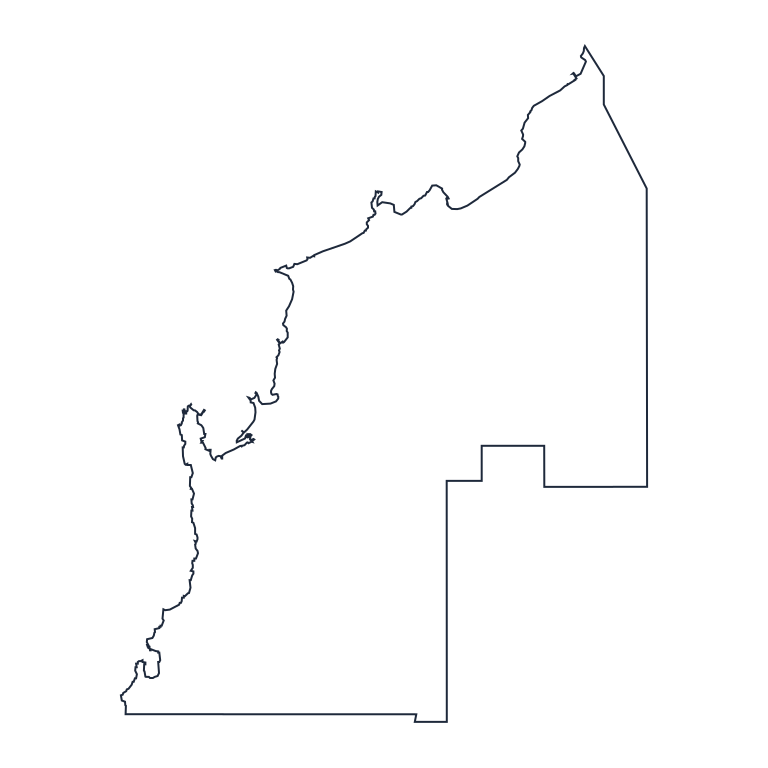 outline of 78, Madinat ach Shamal, Qatar
{"feature_id": "91078587B72332727540612", "entity_name": "78", "entity_type": "district", "adm_level": 2, "iso_a3": "QAT", "parent_name": "Qatar", "parent_adm1": "Madinat ach Shamal", "projection": "albers", "projection_center": [51.051, 25.993], "detail": "fine", "context": "isolated", "style": "outline", "palette": "slate", "viewbox_px": 768, "rotation_deg": 0, "n_neighbors": 0, "source": "geoboundaries", "source_scale": "gbopen_adm2", "svg_char_len": 6103}
<svg xmlns="http://www.w3.org/2000/svg" viewBox="0 0 768 768"><path d="M647.1,486.8L646.7,188.5L603.8,104.5L603.8,76.0L584.9,46.1L584.0,48.1L583.8,51.1L582.8,53.5L580.9,56.0L581.2,57.4L585.2,60.1L585.9,61.6L580.6,73.8L575.9,76.3L573.8,73.0L574.1,72.4L572.8,73.6L573.3,73.5L576.5,78.5L574.7,79.8L575.0,80.1L568.3,84.3L567.6,84.1L567.2,85.1L564.6,86.4L560.2,90.4L549.7,95.9L542.0,101.2L533.8,105.8L532.2,107.9L531.4,110.3L530.2,111.4L530.3,112.2L527.9,114.9L528.1,118.2L524.6,122.6L522.9,128.7L521.3,130.5L523.1,134.5L523.0,136.2L522.1,138.9L525.2,141.8L525.2,143.0L524.4,146.3L522.4,149.4L519.0,152.5L517.3,156.3L518.2,158.1L518.2,161.2L519.7,164.5L519.4,165.9L517.8,169.0L515.0,172.7L509.0,177.2L506.8,179.9L479.3,197.0L477.6,198.8L467.4,205.6L460.8,208.4L457.2,209.1L451.8,208.9L448.0,205.8L447.1,204.4L447.1,204.0L447.8,204.3L447.6,203.2L446.3,198.5L446.8,197.9L447.8,198.7L448.6,198.5L447.7,196.8L443.4,192.3L442.0,189.7L442.1,188.6L436.3,185.3L432.2,185.6L429.6,190.3L428.1,192.0L427.0,192.0L425.2,195.5L423.5,195.8L421.2,198.2L419.4,198.8L417.1,201.1L415.4,202.0L414.5,204.3L413.0,206.1L411.3,206.6L411.3,207.8L410.1,208.1L406.6,211.6L402.0,214.5L400.8,214.5L394.4,211.9L393.8,204.9L390.3,203.4L382.2,202.2L377.6,205.5L377.3,202.0L377.8,199.0L379.0,196.7L381.3,194.9L381.6,192.0L378.1,191.4L378.1,192.6L375.8,191.4L375.5,196.1L374.9,196.7L374.6,198.4L373.5,198.4L372.6,201.4L371.4,202.5L372.0,207.8L373.8,209.5L374.1,211.3L375.2,211.3L375.5,213.6L374.6,214.8L373.5,214.8L372.9,216.6L368.2,218.3L369.1,220.1L366.8,222.4L366.8,224.2L368.0,225.9L368.0,227.7L366.2,229.4L365.9,230.6L364.8,230.6L363.6,232.9L362.4,233.2L350.2,241.4L345.0,243.7L322.9,251.3L314.2,255.1L314.2,256.3L313.0,256.0L310.1,257.8L307.2,257.5L307.5,259.2L306.6,260.4L297.3,264.2L294.4,263.9L293.2,266.8L289.2,268.3L287.4,268.3L286.8,268.0L286.2,265.6L280.4,267.9L279.7,269.0L277.4,270.4L276.0,269.8L274.9,270.1L275.7,271.6L277.0,271.3L277.9,272.1L279.5,272.2L288.2,275.8L289.3,278.8L290.4,279.5L292.1,282.8L293.2,286.2L293.0,289.5L293.6,291.7L292.1,299.2L289.0,306.3L286.2,310.6L286.6,315.7L285.1,318.9L284.5,321.6L283.0,323.5L283.3,325.1L286.1,327.3L286.9,328.7L286.7,331.0L287.7,332.6L287.7,337.4L284.0,342.1L283.1,342.6L282.6,341.6L280.2,343.3L278.2,340.4L278.5,339.8L277.7,339.3L277.1,339.8L279.8,343.5L278.7,344.5L279.8,348.6L279.0,350.5L279.6,352.0L278.4,355.3L276.5,357.2L277.1,358.1L276.6,359.8L277.1,363.9L275.3,368.9L274.7,373.8L275.0,377.7L273.4,380.4L274.6,383.7L274.2,386.2L272.0,388.9L271.1,390.7L271.0,392.1L271.4,393.8L272.5,394.8L276.5,394.0L277.6,394.4L277.7,395.8L278.3,396.7L278.2,398.6L276.0,401.4L270.5,403.6L262.2,404.1L259.1,400.8L258.3,396.6L256.6,392.9L255.8,392.3L255.4,393.1L256.7,394.3L254.4,397.9L250.6,399.5L249.7,397.9L248.4,397.5L250.6,400.5L250.7,402.4L253.5,403.0L255.2,407.7L255.5,412.3L254.5,419.6L253.4,421.6L247.1,429.6L244.0,432.5L241.4,430.4L243.7,432.6L241.4,435.7L237.8,438.6L236.7,440.8L236.8,442.3L245.0,438.5L245.8,436.0L246.4,436.6L247.2,434.4L247.5,434.7L247.0,436.9L248.5,437.8L247.5,436.9L248.5,434.1L249.6,434.1L249.0,436.8L249.6,437.5L249.3,436.9L250.1,434.7L250.7,434.5L251.5,435.1L250.6,436.1L250.1,438.2L250.0,439.3L250.7,440.1L253.5,439.0L254.2,439.5L251.9,441.3L252.3,441.9L251.6,441.7L248.5,443.2L247.7,442.4L246.9,442.6L244.5,445.2L242.4,445.7L241.7,446.4L241.1,445.8L239.9,446.1L233.8,449.5L225.7,453.0L222.2,455.6L222.2,458.5L221.6,458.5L220.5,456.2L218.7,455.9L217.0,456.5L215.8,457.4L215.2,460.3L212.9,459.1L210.9,455.6L210.3,453.9L210.6,449.8L209.4,449.8L209.4,450.9L205.4,449.2L205.6,448.0L203.0,442.7L201.3,442.7L202.4,441.0L201.3,441.0L200.7,438.6L204.8,437.2L205.4,434.0L204.2,434.0L203.3,428.1L202.2,426.4L201.3,425.2L197.8,423.4L198.1,422.3L197.5,421.1L197.2,415.8L197.7,414.5L201.2,415.2L203.2,411.9L203.9,411.8L204.8,410.4L204.0,409.9L201.1,414.6L197.8,414.2L198.1,413.5L197.1,412.0L195.0,410.4L193.7,410.3L190.2,407.4L189.8,406.1L191.2,404.6L191.0,404.2L189.7,405.9L188.7,405.7L187.8,406.4L187.6,410.6L187.3,411.2L186.2,411.2L186.2,413.5L185.0,413.5L184.4,409.4L183.9,409.4L183.9,410.6L182.7,410.6L183.0,412.9L183.6,413.5L183.6,417.6L183.0,418.2L183.0,420.5L181.8,422.3L181.8,423.4L180.9,425.2L179.2,425.8L179.2,424.6L178.0,425.2L179.5,429.3L180.4,434.5L181.8,435.1L182.1,440.4L185.3,441.6L185.3,443.9L184.1,445.7L183.8,447.4L182.7,447.4L183.0,456.2L184.7,463.8L185.6,464.7L187.3,463.8L187.3,465.0L190.8,465.0L192.8,473.1L191.4,477.2L190.2,477.2L189.9,486.0L191.1,487.8L190.8,488.9L192.0,488.9L194.0,493.6L192.5,499.4L191.4,499.4L191.7,503.5L192.8,505.3L193.1,507.0L192.0,507.0L192.5,510.6L191.4,510.6L191.1,516.4L192.2,518.7L192.0,522.2L193.4,522.8L195.1,528.1L195.1,533.9L196.6,534.5L197.5,537.4L197.5,539.2L196.6,541.5L194.8,541.0L195.7,542.7L195.7,543.9L195.1,544.5L195.7,548.6L197.5,550.9L198.0,553.2L196.0,558.5L194.3,558.5L194.3,560.8L192.5,560.8L192.2,563.2L192.8,564.9L192.8,567.8L190.8,570.8L193.4,571.4L193.4,573.7L192.2,575.4L190.8,580.1L189.6,580.1L190.5,587.7L189.0,593.0L187.9,593.3L184.9,596.2L183.8,595.9L183.8,597.7L182.0,597.7L181.7,601.2L180.9,602.9L179.7,602.9L179.1,604.7L169.8,609.6L165.2,610.2L163.4,609.3L162.5,618.7L163.7,620.5L161.7,625.7L160.5,625.7L160.5,626.9L159.3,626.9L159.3,628.1L154.7,629.2L155.0,632.1L154.4,632.7L153.8,635.6L152.4,638.0L147.1,639.2L146.8,642.1L148.3,645.0L147.1,645.0L147.7,646.8L149.5,646.8L149.5,647.3L148.3,647.3L148.3,647.9L149.7,648.5L150.0,650.3L150.6,650.3L150.6,649.1L155.8,651.1L158.2,651.4L158.2,652.6L159.3,652.6L160.2,660.2L159.3,662.0L158.2,662.0L159.0,673.1L157.6,676.0L154.7,676.9L152.9,678.0L150.0,678.0L148.9,676.9L146.0,676.9L145.4,676.6L144.5,671.3L143.9,670.7L144.2,664.3L145.4,664.3L145.4,662.5L142.5,662.0L142.5,660.2L140.7,661.1L139.0,661.1L137.8,662.0L137.8,663.7L136.1,663.7L136.7,667.2L135.5,667.2L135.2,670.7L136.9,674.2L136.1,678.3L134.9,678.3L133.7,681.8L132.6,681.8L131.7,684.7L128.5,688.8L126.8,689.4L126.2,691.2L123.3,692.9L122.7,694.7L120.9,695.3L121.8,700.5L125.0,701.7L125.3,705.2L125.9,705.8L125.6,714.2L416.3,714.3L414.8,721.9L446.8,721.9L446.7,480.9L481.7,480.9L481.7,445.8L544.2,445.8L544.3,486.9L647.1,486.8Z" fill="none" stroke="#1e293b" stroke-width="2"/></svg>